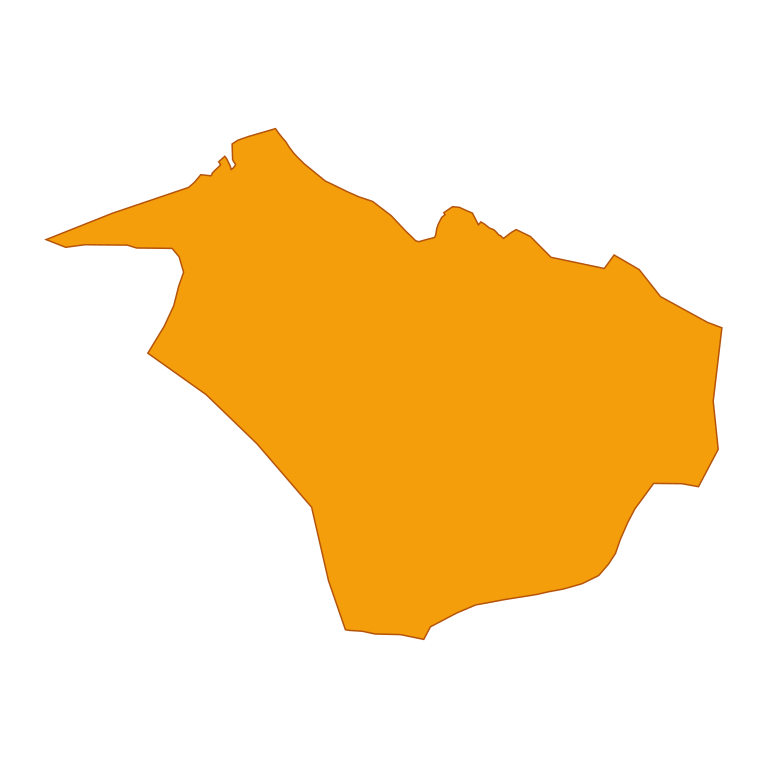 Okene, Kogi, Nigeria
{"feature_id": "59680162B23991224305955", "entity_name": "Okene", "entity_type": "district", "adm_level": 2, "iso_a3": "NGA", "parent_name": "Nigeria", "parent_adm1": "Kogi", "projection": "natural_earth1", "projection_center": [6.212, 7.522], "detail": "fine", "context": "isolated", "style": "filled", "palette": "amber", "viewbox_px": 768, "rotation_deg": 0, "n_neighbors": 0, "source": "geoboundaries", "source_scale": "gbopen_adm2", "svg_char_len": 1615}
<svg xmlns="http://www.w3.org/2000/svg" viewBox="0 0 768 768"><path d="M275.5,128.6L248.8,136.4L237.9,140.2L232.1,144.0L232.6,159.6L233.9,162.1L235.6,164.4L234.7,166.2L233.0,168.2L231.2,169.5L230.3,166.2L226.6,158.6L224.8,156.3L223.0,157.9L218.7,161.8L220.6,164.8L218.1,167.4L215.5,169.8L212.2,173.2L212.0,174.5L210.7,175.8L200.8,174.7L194.4,182.4L188.6,187.4L112.0,213.4L46.1,239.6L65.7,247.3L84.3,244.8L84.7,244.7L98.9,244.9L113.0,245.0L127.2,245.1L136.6,248.0L157.9,248.2L172.1,248.4L179.1,256.8L183.6,272.2L181.9,277.1L178.7,286.1L173.8,305.6L164.2,326.3L147.8,353.2L206.1,394.6L256.8,443.6L289.2,481.2L304.0,498.4L311.6,507.2L328.5,580.7L345.4,629.7L349.4,630.4L362.0,631.2L375.1,634.0L400.3,634.6L423.8,639.4L430.4,626.8L456.5,613.1L475.5,605.0L503.9,599.7L537.1,594.4L548.9,591.7L563.1,589.1L582.1,583.7L598.7,575.5L608.3,564.4L615.5,553.4L620.3,539.5L627.6,522.8L634.8,509.0L653.6,483.4L682.0,483.7L698.5,486.7L718.2,449.3L713.2,401.2L721.9,327.8L707.3,322.3L660.5,296.6L639.2,269.6L614.1,255.0L604.3,268.5L551.0,257.3L530.4,236.5L516.2,229.6L511.5,232.3L503.5,238.4L502.0,237.1L500.4,235.6L498.5,234.8L496.8,232.6L493.8,229.7L489.4,228.0L484.8,224.3L480.9,221.9L478.4,224.8L472.4,213.1L466.7,210.7L459.3,207.3L452.5,206.7L443.8,212.7L445.0,214.7L441.7,217.4L438.8,223.1L437.8,225.4L436.8,228.5L435.6,235.3L434.5,237.5L429.4,238.8L424.8,240.0L418.9,241.7L415.7,240.8L409.5,234.7L406.4,231.8L391.1,215.6L372.7,201.5L358.5,196.7L346.9,191.5L325.1,180.9L304.2,163.8L297.7,157.4L293.9,153.4L289.0,146.9L285.7,141.6L282.5,138.0L278.6,133.1L275.5,128.6Z" fill="#f59e0b" stroke="#b45309" stroke-width="1.5"/></svg>